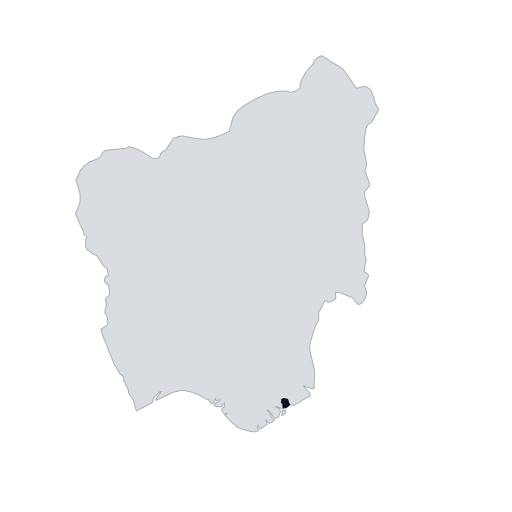 location of Khana, Rivers, Nigeria, rotated 335°
{"feature_id": "59680162B16294292751838", "entity_name": "Khana", "entity_type": "district", "adm_level": 2, "iso_a3": "NGA", "parent_name": "Nigeria", "parent_adm1": "Rivers", "projection": "robinson", "projection_center": [7.411, 4.698], "detail": "fine", "context": "in_parent", "style": "filled", "palette": "ink", "viewbox_px": 512, "rotation_deg": 335, "n_neighbors": 0, "source": "geoboundaries", "source_scale": "gbopen_adm2", "svg_char_len": 4753}
<svg xmlns="http://www.w3.org/2000/svg" viewBox="0 0 512 512"><g transform="rotate(335 256 256)"><path d="M400.2,102.2L413.6,123.0L416.5,138.5L417.7,146.1L419.9,147.0L424.0,147.4L427.1,148.9L428.9,151.5L430.0,153.8L430.3,155.2L429.4,164.5L428.4,167.8L429.0,172.4L428.9,174.4L428.4,175.7L426.6,177.2L424.1,178.7L418.1,183.1L416.3,183.8L413.8,183.9L411.6,185.0L409.0,187.4L403.5,196.3L398.7,205.2L395.3,219.6L391.1,224.1L390.3,228.1L389.7,237.1L389.1,239.8L388.4,240.6L383.8,242.3L381.2,244.3L379.6,248.4L377.7,262.3L377.0,264.5L375.5,266.9L373.2,269.5L371.1,271.0L365.9,271.9L361.0,282.3L360.9,284.2L358.7,293.6L354.9,300.8L354.7,305.3L349.9,311.6L347.4,315.9L350.0,320.4L350.2,321.1L342.0,328.6L341.5,329.8L341.2,335.0L340.5,336.4L339.0,338.3L336.8,340.4L334.5,342.1L332.0,343.2L329.5,343.6L328.1,342.9L327.4,341.4L326.0,335.0L325.3,333.6L323.7,332.4L317.3,325.3L313.5,322.8L312.6,323.0L312.0,323.7L310.9,327.2L309.8,328.5L307.8,329.0L304.3,329.0L301.7,328.5L301.2,327.8L299.9,325.1L292.0,331.5L289.3,332.9L285.8,340.5L280.8,344.2L277.4,347.5L268.2,357.9L266.4,360.9L264.6,365.4L260.7,384.8L254.4,396.9L253.5,399.5L253.1,399.4L252.3,400.5L249.9,399.8L248.7,397.6L247.2,397.2L244.6,393.9L244.1,394.4L246.8,402.8L245.8,406.1L238.0,406.1L231.4,407.2L226.8,407.1L224.5,406.0L223.5,402.8L223.1,403.2L222.8,404.8L221.4,406.1L216.2,406.4L214.0,404.3L212.1,401.9L210.2,400.8L210.5,401.8L212.7,404.1L212.4,407.5L208.3,411.4L205.7,411.6L204.0,409.9L203.2,407.2L202.8,403.2L201.7,400.5L201.1,400.5L201.8,404.9L201.8,409.0L203.8,412.2L200.8,413.2L197.2,413.3L196.7,412.1L196.2,409.5L195.6,408.8L194.9,413.3L187.4,414.5L186.3,414.3L186.1,413.5L186.7,412.2L186.5,410.2L184.9,411.8L184.6,414.9L183.7,415.4L180.8,414.9L177.7,413.3L172.7,409.4L166.5,403.1L165.5,400.2L163.8,396.7L160.5,387.1L161.1,386.6L162.6,387.2L163.3,386.3L160.7,385.6L160.2,384.9L160.0,382.8L160.1,380.2L164.0,378.8L164.9,377.2L165.4,375.6L160.6,378.0L156.1,375.3L155.2,373.6L155.6,372.4L160.9,372.3L162.7,371.1L161.6,370.6L159.6,370.7L158.9,369.8L158.9,367.9L158.3,368.3L157.4,370.1L154.4,371.4L152.6,370.1L152.4,367.2L152.1,365.9L150.6,364.9L145.3,357.3L138.6,350.9L132.7,346.6L123.8,344.5L105.1,344.6L104.0,344.0L105.2,343.0L106.8,342.3L112.8,338.8L111.8,338.3L105.6,340.5L103.4,340.7L100.6,345.0L82.2,345.9L82.3,343.9L83.1,338.4L84.2,334.5L83.0,329.8L82.7,325.6L83.5,324.3L83.7,322.7L83.6,311.8L84.6,310.2L84.6,309.1L82.7,304.5L82.7,300.9L82.4,297.5L81.7,295.9L82.5,282.6L82.3,279.4L82.9,277.0L83.2,271.3L83.2,265.7L84.4,256.9L92.3,255.7L94.3,252.2L95.4,247.8L95.0,243.5L97.6,239.7L100.7,236.3L100.6,232.6L101.4,231.5L102.9,230.6L105.0,230.2L107.4,228.4L108.7,225.1L110.0,220.0L108.0,216.4L108.0,215.6L108.8,213.6L110.0,211.7L111.0,211.1L113.3,211.6L114.1,210.8L115.6,205.1L115.4,203.6L113.3,199.7L112.2,189.4L111.6,188.1L109.9,186.2L105.5,178.9L105.6,175.5L107.5,171.1L108.7,168.9L110.4,167.7L110.7,166.7L110.2,165.5L109.4,164.6L109.2,162.6L110.1,159.8L109.8,156.8L110.3,141.2L113.9,138.2L119.1,133.1L121.8,127.8L123.2,123.8L125.0,110.4L127.7,109.0L133.0,104.1L140.1,101.3L144.7,100.4L152.7,100.9L156.9,100.5L160.3,97.8L161.9,97.1L164.1,96.6L184.3,103.6L186.1,103.3L187.6,103.7L190.1,105.6L196.1,112.0L202.3,122.0L204.2,124.2L206.2,125.3L208.1,125.8L209.6,125.6L211.1,124.7L213.0,122.8L216.0,121.9L218.4,122.1L230.9,114.4L232.2,114.3L239.9,115.9L250.4,123.6L259.0,128.7L265.0,130.4L272.1,131.5L284.2,131.9L293.3,121.1L296.6,118.8L300.7,116.6L309.2,114.6L323.2,113.3L336.4,113.9L344.6,115.7L353.2,119.2L357.0,122.6L362.8,123.2L367.0,122.5L368.4,119.2L372.6,114.8L378.9,110.7L384.0,107.9L388.2,106.6L392.0,103.3L395.0,102.3L400.2,102.2ZM216.7,410.7L213.9,411.7L212.0,411.5L214.6,407.1L215.9,408.0L217.5,408.4L216.7,410.7Z" fill="#d9dde1" stroke="#a8b0b8" stroke-width="1"/><path d="M221.9,405.2L222.2,405.2L222.3,405.2L222.5,405.3L222.8,405.1L223.1,404.9L223.4,404.8L223.4,404.7L223.3,404.2L223.1,403.8L223.1,403.5L223.1,403.3L223.3,402.8L223.2,402.6L223.1,402.0L223.2,401.7L223.4,401.4L223.6,401.3L223.6,400.9L223.8,400.3L223.6,399.6L223.5,399.1L223.3,398.9L222.8,398.5L222.5,398.7L222.3,398.6L222.2,398.5L221.6,398.1L221.3,397.5L220.9,397.3L220.8,397.2L220.5,397.1L219.9,397.2L219.1,397.1L218.8,397.2L218.7,397.2L218.6,397.8L218.4,398.6L218.1,398.8L217.9,398.8L217.7,399.1L217.5,399.3L217.9,400.2L218.0,400.5L217.6,401.0L218.2,401.5L218.3,401.6L218.5,401.7L218.4,401.9L218.3,402.0L218.3,402.4L218.4,402.7L218.1,402.7L217.9,402.7L217.7,402.7L217.6,402.8L217.4,403.0L217.3,403.4L217.3,403.6L217.2,403.8L217.2,404.1L217.0,404.3L216.8,404.7L216.8,404.9L217.8,404.7L218.0,404.9L218.1,405.0L218.4,405.4L218.5,405.6L218.9,405.5L219.0,405.4L219.3,405.2L219.7,405.5L220.1,405.7L220.4,405.3L220.5,405.3L220.5,405.2L221.2,405.0L221.9,405.2Z" fill="#0f172a" stroke="#020617" stroke-width="1.5"/></g></svg>